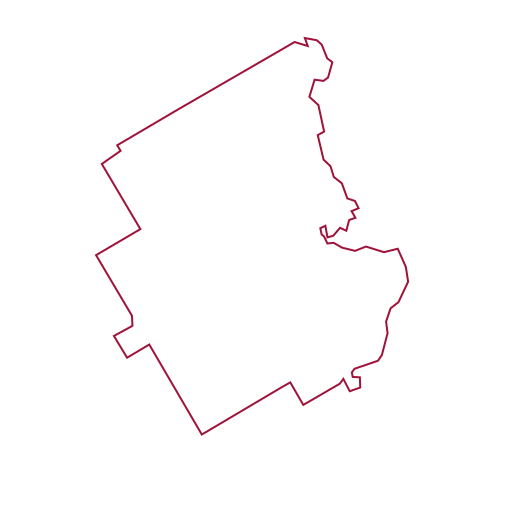 Marengo, Alabama, United States of America (Albers equal-area conic projection), rotated 150°
{"feature_id": "52423323B21011437681534", "entity_name": "Marengo", "entity_type": "district", "adm_level": 2, "iso_a3": "USA", "parent_name": "United States of America", "parent_adm1": "Alabama", "projection": "albers", "projection_center": [-87.905, 32.269], "detail": "fine", "context": "isolated", "style": "outline", "palette": "rose", "viewbox_px": 512, "rotation_deg": 150, "n_neighbors": 0, "source": "geoboundaries", "source_scale": "gbopen_adm2", "svg_char_len": 1011}
<svg xmlns="http://www.w3.org/2000/svg" viewBox="0 0 512 512"><g transform="rotate(150 256 256)"><path d="M115.6,422.0L251.2,421.9L320.8,421.3L320.7,414.8L343.5,412.8L342.7,337.1L394.1,336.7L393.3,266.3L397.9,257.3L419.0,257.8L418.5,232.4L392.7,232.7L392.2,128.5L298.6,129.5L289.5,129.4L289.5,103.4L247.3,103.5L241.8,105.9L242.4,92.0L231.5,90.0L226.7,99.0L232.7,102.9L231.2,107.3L227.1,109.1L202.7,104.3L196.5,107.3L180.7,123.3L176.1,134.2L165.6,143.4L155.7,144.8L137.1,157.7L131.7,171.6L129.6,191.4L143.2,195.3L156.1,209.2L167.6,210.9L177.2,220.1L182.2,228.6L187.9,231.1L187.3,239.0L188.4,241.8L186.4,247.9L180.8,247.5L184.8,236.4L179.0,234.9L169.1,238.4L165.2,232.7L157.3,240.6L150.8,239.4L150.8,247.1L143.3,246.1L142.8,254.2L148.1,260.2L145.3,276.1L149.1,285.5L146.6,296.5L149.3,305.7L142.1,329.8L134.8,329.7L126.5,355.5L130.2,367.1L117.1,379.4L110.0,373.9L104.4,374.5L93.0,385.6L95.5,391.6L93.4,406.1L95.4,412.4L104.7,420.3L106.2,412.0L115.6,422.0Z" fill="none" stroke="#9f1239" stroke-width="2"/></g></svg>